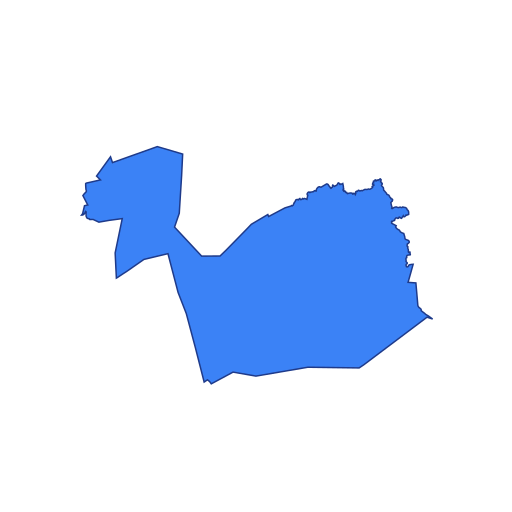 outline of San Francisco del Oro, Chihuahua, Mexico, rotated 34°
{"feature_id": "50627088B76739028658170", "entity_name": "San Francisco del Oro", "entity_type": "district", "adm_level": 2, "iso_a3": "MEX", "parent_name": "Mexico", "parent_adm1": "Chihuahua", "projection": "orthographic", "projection_center": [-105.915, 26.89], "detail": "fine", "context": "isolated", "style": "filled", "palette": "blue", "viewbox_px": 512, "rotation_deg": 34, "n_neighbors": 0, "source": "geoboundaries", "source_scale": "gbopen_adm2", "svg_char_len": 5971}
<svg xmlns="http://www.w3.org/2000/svg" viewBox="0 0 512 512"><g transform="rotate(34 256 256)"><path d="M287.4,147.4L287.0,148.5L286.2,148.7L286.0,148.8L285.7,149.4L285.7,149.7L285.5,149.8L284.3,149.2L283.6,149.2L283.5,149.4L283.3,149.6L283.2,149.8L283.2,150.0L283.4,150.9L283.3,152.2L283.1,152.5L282.9,153.0L282.5,153.3L282.4,153.5L282.3,154.3L282.2,154.4L282.0,154.5L281.3,154.4L280.8,154.4L280.3,154.2L280.0,154.2L280.0,154.6L280.2,155.1L280.5,155.3L280.8,156.0L280.8,156.4L280.5,156.9L280.2,157.2L280.4,157.6L280.4,157.8L280.3,158.0L279.8,158.0L278.3,157.3L276.9,157.0L276.8,156.8L276.2,156.6L275.9,156.4L274.7,156.5L274.2,156.8L271.4,162.7L270.0,163.0L269.7,163.2L269.3,163.9L269.1,164.0L269.0,164.4L268.9,164.8L268.8,165.2L268.8,166.8L268.9,167.2L269.3,168.0L269.5,168.1L269.6,168.3L269.5,168.6L269.0,168.7L268.3,168.9L268.1,169.0L267.8,169.5L267.8,169.9L267.6,170.6L266.8,171.3L266.5,171.7L265.4,172.6L265.5,172.9L264.8,173.5L264.1,173.3L263.7,173.9L263.6,174.2L263.5,174.5L263.6,175.8L263.7,176.1L264.5,176.7L264.9,176.6L266.2,179.9L266.5,180.6L265.2,180.8L264.7,181.1L264.3,181.1L263.8,181.3L263.2,182.5L262.9,182.5L262.5,182.3L262.2,183.3L261.9,184.0L261.3,184.4L260.7,184.0L260.2,183.8L260.0,184.1L259.7,185.5L259.7,185.8L259.4,185.9L259.0,185.8L258.6,186.1L258.1,186.5L257.7,187.1L257.7,187.8L258.0,189.0L257.9,189.6L257.8,190.1L257.8,190.4L258.0,190.6L258.1,190.8L258.0,191.1L258.1,191.9L258.4,193.0L258.0,194.2L257.7,194.3L257.4,194.2L257.2,194.3L257.0,195.2L256.8,195.5L256.5,195.7L253.1,199.9L244.4,216.2L242.6,215.0L234.4,232.3L233.5,237.6L228.0,267.6L226.2,276.1L211.0,286.5L172.3,277.6L168.5,263.5L149.3,230.8L138.2,212.5L113.0,220.5L84.8,258.8L79.9,255.1L79.1,278.9L84.5,279.9L74.5,290.5L74.3,291.2L75.3,292.7L76.6,294.4L77.8,295.9L79.0,296.9L79.3,297.7L78.8,300.6L78.7,302.7L88.0,307.8L85.7,310.2L88.2,316.9L88.6,317.3L88.5,319.6L89.5,318.8L90.0,317.6L90.1,315.9L89.8,314.8L89.8,314.3L90.7,314.5L90.9,315.2L92.9,318.0L93.8,318.6L94.9,319.1L96.5,318.7L96.9,318.4L97.8,318.7L100.5,316.8L106.8,315.8L114.4,308.5L124.2,299.8L137.5,332.2L152.6,352.4L153.2,351.2L155.4,345.8L157.3,341.4L165.0,321.5L181.7,303.3L211.8,329.8L230.4,342.7L257.0,365.9L283.5,389.5L285.0,385.8L287.4,386.0L288.3,386.2L289.3,386.6L290.4,387.0L301.9,365.1L323.1,355.6L361.2,319.2L404.1,291.1L406.2,285.9L432.0,211.1L437.7,209.5L432.6,209.3L429.2,209.5L427.8,209.2L426.9,209.2L425.2,209.1L424.2,209.0L423.6,209.0L422.8,208.0L422.2,207.7L420.3,207.5L419.9,207.6L418.0,206.7L403.6,188.9L396.8,192.8L393.7,183.4L390.9,175.0L389.5,176.1L388.5,177.1L388.0,177.7L387.9,178.1L387.8,178.4L388.0,179.6L387.9,179.9L387.8,180.1L387.3,180.6L386.7,180.7L386.1,180.2L385.7,179.9L385.5,179.7L385.2,179.0L385.2,178.6L385.3,178.3L385.6,177.9L385.4,177.4L385.3,177.2L385.2,177.1L383.8,176.8L383.5,176.7L382.7,175.4L381.9,174.7L381.7,174.2L381.6,173.7L381.8,173.4L381.9,173.1L381.8,172.9L381.2,172.2L381.0,171.5L380.9,171.2L381.1,170.8L381.7,170.1L382.4,169.4L383.0,169.1L383.2,168.7L383.0,168.3L382.6,168.1L382.2,167.6L381.8,167.3L381.6,166.7L381.4,166.6L381.2,166.7L381.0,167.2L380.8,167.6L380.4,167.6L380.1,167.5L379.9,167.3L379.4,166.4L378.8,165.8L378.6,165.5L378.5,165.3L378.0,165.1L377.5,164.7L377.2,164.5L377.0,163.7L376.8,163.4L375.8,163.3L375.6,163.2L375.2,162.4L374.8,161.5L374.7,161.2L374.8,161.0L375.2,160.5L375.4,159.1L375.3,158.8L374.7,158.2L374.3,158.0L373.5,157.9L373.1,158.0L370.8,158.5L370.4,158.5L369.9,158.3L369.5,158.0L369.2,157.6L368.6,156.9L365.9,154.7L364.4,155.1L362.3,155.3L360.6,154.5L360.3,154.4L358.9,154.6L357.8,154.6L356.8,154.4L355.5,153.9L355.3,152.5L350.1,153.0L349.7,152.5L349.6,151.8L349.1,151.6L349.1,151.3L349.8,151.0L350.3,149.7L350.8,149.3L351.0,149.1L351.0,148.9L350.8,148.6L350.5,148.3L350.4,148.1L350.7,147.3L350.8,146.0L352.0,145.5L352.5,145.6L353.0,145.1L352.8,144.2L353.0,143.6L353.4,143.5L353.8,143.7L354.2,143.5L355.2,143.6L355.6,143.4L355.6,142.2L355.6,140.4L356.2,140.9L356.8,140.7L357.3,140.2L357.5,139.0L357.5,138.1L358.2,138.0L358.6,137.0L359.1,136.6L359.3,136.1L357.9,134.1L356.6,133.2L355.4,133.1L354.3,132.3L353.0,132.2L352.0,132.6L351.2,133.1L350.6,133.1L350.2,133.3L350.1,133.9L349.4,134.6L348.7,134.7L348.1,134.9L347.2,136.1L346.5,136.5L344.8,136.9L344.0,137.7L343.4,138.4L343.0,139.3L342.6,140.2L342.3,140.6L341.8,140.6L341.7,140.1L341.4,139.4L340.3,138.6L337.9,136.3L338.0,135.3L338.3,134.5L337.9,133.8L338.0,133.1L336.8,132.6L335.8,133.1L335.1,132.4L334.6,132.5L333.3,132.0L333.1,131.7L332.0,131.3L331.4,131.4L330.8,131.5L330.1,131.7L329.0,131.0L328.1,130.8L326.1,130.2L325.1,130.1L324.2,129.0L323.3,128.1L320.7,127.5L320.4,126.9L320.5,125.9L320.0,125.2L319.2,125.3L318.8,124.8L317.7,124.8L317.6,124.1L317.3,123.4L317.2,122.9L316.0,122.5L315.8,122.6L315.7,122.7L315.9,123.0L315.8,123.5L315.5,123.8L315.3,124.2L314.7,124.5L314.8,125.2L314.1,125.3L313.8,125.8L313.7,126.4L313.3,126.4L313.1,126.4L312.9,126.1L312.7,126.0L312.2,126.3L312.3,126.7L312.5,126.9L312.6,127.0L312.6,127.3L312.1,127.5L311.7,128.0L311.5,128.3L311.6,128.5L312.1,129.2L312.5,129.5L312.1,129.8L312.0,130.1L312.3,130.9L312.4,131.3L312.8,131.4L313.9,131.1L314.2,131.4L313.9,132.2L313.4,133.2L313.4,133.5L313.6,133.6L314.1,133.7L314.3,133.9L314.2,134.5L313.9,135.4L313.3,136.7L313.0,137.1L311.7,137.6L311.2,138.4L310.1,139.3L309.2,139.7L309.0,139.9L307.5,142.6L306.8,142.7L306.2,143.4L305.8,144.0L305.3,144.1L304.6,144.0L304.3,144.1L304.1,144.3L303.9,145.8L303.2,146.0L302.8,147.0L302.9,147.4L303.3,147.7L303.8,148.4L304.0,149.6L303.1,149.1L302.7,149.1L302.2,149.2L301.9,149.4L301.8,149.8L301.9,150.3L301.8,150.5L301.6,150.6L301.4,150.6L301.1,150.4L300.8,150.2L300.6,150.2L300.4,150.2L299.1,150.9L297.9,152.0L296.9,153.2L296.6,153.2L295.7,152.6L295.4,152.8L294.9,153.1L294.7,153.0L294.4,152.8L294.0,152.4L293.8,152.4L293.4,152.7L293.0,153.2L292.7,153.2L292.5,152.5L292.3,152.4L292.0,152.4L291.8,152.7L291.6,152.8L291.2,152.6L291.1,151.9L291.2,151.3L290.9,151.1L290.5,150.9L290.0,150.0L288.6,148.5L287.4,147.4Z" fill="#3b82f6" stroke="#1e3a8a" stroke-width="1.5"/></g></svg>